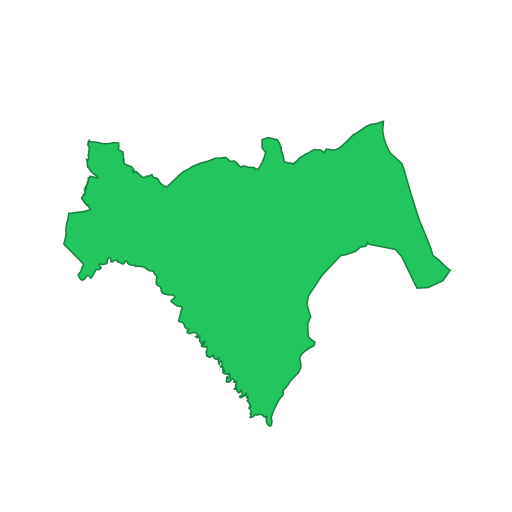 the district of Kyela, Mbeya, United Republic of Tanzania, rotated 14°
{"feature_id": "72390352B41643980878870", "entity_name": "Kyela", "entity_type": "district", "adm_level": 2, "iso_a3": "TZA", "parent_name": "United Republic of Tanzania", "parent_adm1": "Mbeya", "projection": "orthographic", "projection_center": [33.836, -9.544], "detail": "fine", "context": "isolated", "style": "filled", "palette": "green", "viewbox_px": 512, "rotation_deg": 14, "n_neighbors": 0, "source": "geoboundaries", "source_scale": "gbopen_adm2", "svg_char_len": 6072}
<svg xmlns="http://www.w3.org/2000/svg" viewBox="0 0 512 512"><g transform="rotate(14 256 256)"><path d="M447.9,222.8L444.9,221.8L434.3,215.6L427.5,212.7L423.6,205.9L404.6,179.9L390.0,156.0L379.1,136.9L375.2,131.1L361.4,123.6L356.2,117.8L351.7,110.8L348.6,103.8L347.1,94.4L340.9,98.4L335.8,100.5L331.9,103.3L321.5,114.9L321.3,114.5L315.6,124.1L310.6,131.2L307.3,133.8L305.2,134.7L298.6,135.0L297.0,139.3L294.5,138.0L292.8,137.5L291.2,137.8L290.3,138.4L287.6,138.3L287.0,138.6L285.0,140.1L281.5,143.7L279.6,144.9L276.7,148.3L275.4,149.2L273.6,152.0L273.2,153.2L270.7,156.4L270.7,157.4L266.3,157.5L264.4,158.1L262.9,157.7L260.5,157.8L257.7,151.2L256.9,150.8L256.7,149.9L255.5,148.1L254.5,147.6L254.3,147.1L254.7,146.3L254.3,144.7L253.8,144.6L252.0,141.4L249.0,138.4L247.6,137.7L247.1,138.4L243.7,138.0L238.9,138.2L233.7,141.7L235.7,149.6L239.9,152.8L240.3,152.7L240.0,159.7L239.2,162.4L239.6,163.1L239.5,164.2L238.7,165.0L238.4,167.9L236.8,171.3L234.5,171.7L234.1,172.1L233.2,170.6L227.4,171.7L222.0,171.6L221.1,172.4L220.5,173.6L216.2,171.7L216.0,170.9L213.1,169.5L211.8,169.1L208.0,170.4L204.0,168.1L202.1,167.8L197.6,169.7L193.2,170.8L185.8,176.0L179.8,179.3L172.8,184.4L169.1,188.4L165.3,191.5L162.5,195.2L153.1,210.2L151.3,210.6L148.9,210.0L146.2,208.9L144.5,207.5L142.6,205.4L140.4,204.3L138.4,204.8L136.7,204.0L135.5,202.2L132.5,204.5L130.6,204.8L128.7,206.8L126.1,207.0L125.7,206.3L125.1,206.3L120.6,203.7L119.2,203.2L117.2,204.6L116.7,204.2L117.5,203.9L117.4,202.8L117.1,202.4L116.5,202.2L115.8,202.4L115.6,200.8L113.3,199.5L106.8,198.7L105.2,197.5L104.7,194.6L104.3,194.6L101.8,187.2L97.2,186.2L96.3,185.4L96.7,184.0L95.3,179.6L90.1,180.6L86.4,182.4L82.4,183.6L80.3,184.0L72.6,184.2L70.1,184.9L67.5,185.0L66.6,185.4L66.1,184.3L65.5,186.2L66.1,189.2L67.9,190.9L68.8,196.3L68.8,198.9L69.8,200.9L70.0,202.3L70.0,203.3L68.3,203.3L69.6,205.8L71.0,210.3L72.2,210.9L74.7,213.3L77.9,215.3L82.7,217.2L83.6,218.5L75.6,218.8L75.6,220.4L75.0,220.4L74.3,221.3L75.0,222.7L75.0,224.4L74.5,224.6L74.7,225.4L75.3,225.7L74.4,227.4L74.8,227.7L74.3,229.5L73.8,229.9L74.3,230.7L73.8,231.0L74.0,231.4L75.0,231.3L74.4,232.6L73.5,232.9L74.3,233.5L74.2,234.9L75.0,235.1L75.1,235.4L74.7,236.8L74.9,237.7L74.7,238.0L73.8,237.9L73.4,240.7L72.7,240.9L72.6,241.6L73.4,242.9L74.2,243.2L74.9,244.2L76.0,244.8L76.9,246.0L77.6,246.1L79.3,247.7L80.1,246.8L80.4,247.8L81.0,247.6L82.9,249.9L84.1,250.3L83.9,251.2L76.8,255.2L73.5,256.2L66.9,259.0L64.1,259.8L64.6,266.9L64.5,270.1L65.0,276.2L66.1,279.1L66.7,284.4L66.6,290.2L66.7,290.9L90.8,305.6L89.8,310.2L89.9,312.1L89.5,313.9L88.4,316.1L88.1,317.6L90.3,320.2L92.7,321.6L94.0,321.1L95.3,319.8L96.5,316.5L97.8,315.7L98.9,315.8L100.8,317.4L101.3,317.3L103.0,312.5L103.9,308.0L107.1,307.1L108.5,305.3L108.4,304.5L106.1,303.0L105.7,302.1L106.2,301.4L109.1,301.5L112.9,299.5L113.3,298.6L112.7,296.5L113.3,293.5L114.2,293.0L115.4,293.4L116.5,296.0L117.3,296.8L117.8,296.7L119.4,294.8L120.8,294.0L122.2,293.7L123.1,295.2L125.5,295.3L127.1,295.6L127.6,296.0L128.8,296.0L129.7,295.4L130.0,293.4L131.4,292.2L134.1,294.6L135.8,295.1L138.9,294.7L140.4,294.1L141.4,295.2L146.3,294.0L148.3,293.9L150.9,294.0L153.5,295.3L156.3,296.1L160.2,295.5L161.6,297.9L163.3,298.7L164.7,299.9L165.3,304.6L166.2,307.5L167.9,308.4L170.9,309.2L173.2,313.8L174.9,314.8L176.3,315.1L180.5,314.9L185.5,313.9L186.5,314.7L187.0,315.8L186.6,317.5L184.7,319.3L184.4,320.1L184.7,320.8L191.9,323.6L195.3,323.1L197.0,324.1L196.5,327.9L196.7,331.2L196.5,337.8L197.6,338.3L200.9,338.1L203.2,340.2L203.8,341.9L206.0,343.3L208.1,343.2L208.8,343.6L207.6,345.4L207.7,346.8L208.5,347.2L211.2,347.1L213.4,345.4L214.6,345.1L217.4,345.5L218.4,346.9L218.2,348.0L217.1,349.0L219.2,349.5L220.7,347.1L221.4,349.4L221.5,351.5L222.3,352.7L223.0,353.1L224.4,354.6L225.2,354.8L225.8,354.1L225.6,351.9L226.3,351.3L227.1,351.9L226.7,354.5L224.8,356.0L224.7,356.3L225.1,356.7L227.4,356.9L228.6,356.7L229.6,355.4L230.0,355.6L231.2,357.9L230.9,361.5L231.9,363.0L232.2,364.9L235.4,365.4L236.6,365.1L237.5,364.2L238.0,362.5L238.8,362.8L239.9,365.2L242.2,365.9L243.5,365.3L244.6,363.8L244.8,364.2L244.6,365.4L244.9,367.5L245.9,368.2L245.9,369.8L246.7,369.8L246.6,367.6L246.9,366.8L247.8,366.3L248.4,366.8L249.5,369.9L249.2,370.7L248.0,371.6L248.0,372.0L248.6,372.2L250.6,371.9L251.1,372.5L251.1,374.3L251.7,375.0L253.3,374.6L253.7,374.9L253.3,375.4L252.3,375.9L252.0,376.4L252.1,377.2L254.7,377.9L255.2,378.0L255.8,377.6L257.7,377.7L258.1,376.3L258.4,376.3L259.1,378.5L260.0,379.3L260.4,380.1L259.9,380.8L259.1,380.8L257.5,380.0L257.0,380.4L257.0,381.5L257.6,383.1L257.6,384.8L258.3,385.4L259.4,385.3L261.0,384.4L262.4,381.0L263.2,380.9L266.1,381.8L266.0,382.4L265.0,383.4L265.1,383.9L267.3,383.1L267.6,383.9L267.6,387.5L267.9,388.1L269.1,388.9L269.0,389.3L267.7,389.7L267.1,390.3L267.7,390.5L268.9,389.9L269.6,390.1L270.2,391.4L272.0,392.8L273.4,392.3L273.5,390.1L274.1,390.1L275.1,391.1L276.3,393.9L276.2,394.4L274.3,395.7L274.3,396.7L275.0,397.2L275.9,396.9L278.7,394.2L279.1,391.8L280.0,392.0L280.2,392.3L279.9,394.1L280.8,394.3L281.9,394.1L282.0,394.5L281.4,395.7L282.0,396.2L283.0,396.5L283.4,397.3L282.6,398.5L284.5,400.3L285.6,400.7L285.9,402.4L287.2,402.7L287.6,403.4L286.0,404.6L285.9,405.3L287.0,405.5L289.4,408.9L288.4,410.2L289.9,411.9L289.3,413.7L289.6,414.0L290.4,413.7L292.1,412.5L293.6,410.2L295.4,410.2L297.9,408.6L301.2,408.9L302.2,409.8L303.3,410.0L305.0,409.2L305.4,409.6L304.7,410.6L305.8,411.9L306.4,414.9L308.4,416.8L309.9,417.6L310.8,417.6L311.9,416.5L311.5,412.6L311.0,411.3L309.7,409.3L310.1,406.8L310.2,403.6L312.7,391.3L314.2,387.3L315.4,385.6L315.8,383.5L314.9,380.0L317.9,374.1L319.4,369.2L325.7,358.3L326.4,352.9L325.9,350.6L323.4,345.2L323.1,343.5L324.4,339.5L326.5,336.5L330.8,331.7L333.9,329.1L334.0,328.6L334.0,325.3L329.8,323.7L327.2,322.1L326.2,321.1L325.8,320.1L322.7,310.1L323.0,305.9L323.8,301.9L317.2,290.9L316.4,282.4L324.9,258.5L337.9,235.4L340.1,234.1L342.9,233.1L351.6,227.3L355.3,222.0L360.3,219.9L360.8,218.5L361.0,216.0L362.9,217.3L389.6,215.9L397.4,221.2L420.0,248.3L430.8,244.9L443.3,234.8L447.9,222.8Z" fill="#22c55e" stroke="#15803d" stroke-width="1.5"/></g></svg>